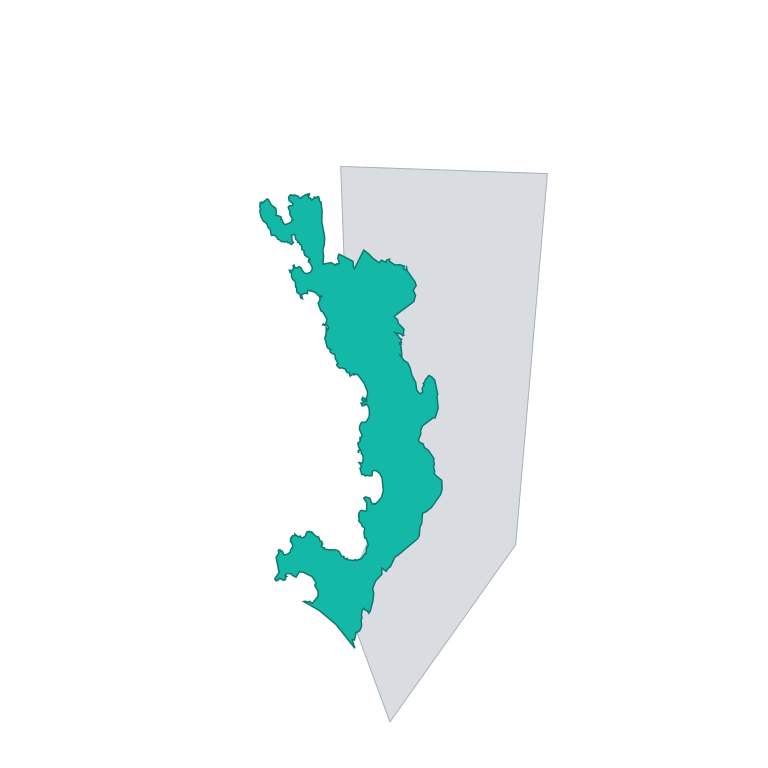 location of West Mahe, Anse Boileau, Seychelles, rotated 37°
{"feature_id": "34574756B14018612202061", "entity_name": "West Mahe", "entity_type": "district", "adm_level": 2, "iso_a3": "SYC", "parent_name": "Seychelles", "parent_adm1": "Anse Boileau", "projection": "albers", "projection_center": [55.437, -4.697], "detail": "fine", "context": "in_parent", "style": "filled", "palette": "teal", "viewbox_px": 768, "rotation_deg": 37, "n_neighbors": 0, "source": "geoboundaries", "source_scale": "gbopen_adm2", "svg_char_len": 6328}
<svg xmlns="http://www.w3.org/2000/svg" viewBox="0 0 768 768"><g transform="rotate(37 384 384)"><path d="M585.9,433.1L592.1,650.3L479.1,577.6L447.6,437.2L296.7,332.6L218.5,236.3L387.9,117.7L585.9,433.1Z" fill="#d9dde1" stroke="#a8b0b8" stroke-width="1"/><path d="M332.0,277.4L332.8,280.2L329.8,280.2L329.6,277.6L324.8,279.2L321.1,282.4L314.2,282.7L313.3,280.9L311.5,283.5L312.3,285.7L307.4,286.6L307.2,290.1L299.1,290.3L294.7,289.4L287.2,289.2L291.1,309.7L289.2,309.0L285.4,304.7L270.5,307.2L269.8,307.7L271.4,311.3L275.7,314.4L275.7,315.1L273.6,316.7L274.0,318.2L268.6,319.0L263.1,325.1L258.9,318.4L254.4,313.6L252.4,308.5L248.3,302.5L236.5,291.7L230.8,283.5L224.0,276.5L222.4,276.9L220.6,274.6L219.6,274.7L219.0,273.8L218.0,274.6L217.9,276.0L215.8,276.6L216.3,278.2L215.5,280.8L213.5,279.8L211.8,280.6L210.8,279.5L210.0,279.9L209.6,279.2L210.7,277.8L209.9,276.9L207.5,279.9L205.2,286.3L203.9,286.5L202.9,285.6L199.8,286.5L198.4,287.1L197.9,288.4L195.7,288.9L195.3,290.0L195.4,292.3L197.9,294.7L202.8,294.6L203.3,296.9L201.5,298.3L201.0,300.0L201.5,300.9L205.1,302.9L207.0,305.4L212.3,307.8L211.7,308.1L212.5,310.7L209.7,315.6L207.5,316.5L203.5,314.1L202.6,314.4L201.8,312.8L200.8,312.5L196.0,314.2L194.3,311.1L191.8,308.8L186.1,308.8L180.5,306.2L179.2,306.8L177.8,312.9L176.7,312.5L175.9,313.6L178.1,317.1L179.8,318.1L180.7,320.6L184.8,324.2L189.3,326.5L193.9,326.5L197.7,328.9L199.9,328.9L204.6,333.1L206.8,331.3L209.3,331.1L212.2,332.3L213.5,331.7L216.7,332.0L217.1,331.1L219.3,330.5L220.8,328.3L222.1,329.1L223.7,327.9L225.0,328.6L226.1,328.2L226.7,325.6L224.3,324.8L220.8,320.9L221.8,319.0L223.3,318.6L226.2,321.4L229.7,322.0L229.8,322.7L230.5,322.0L232.8,323.2L234.6,322.9L237.4,326.0L240.4,325.8L240.6,326.9L243.4,328.9L249.2,328.5L250.2,329.8L249.1,330.3L250.2,332.0L252.0,331.8L256.9,334.3L257.9,336.7L257.9,339.5L255.7,342.4L253.8,343.4L249.2,342.1L248.3,341.2L245.6,341.2L244.6,343.6L242.9,344.8L240.1,342.7L241.0,344.2L240.5,344.5L242.0,345.3L241.8,346.5L242.9,348.5L239.9,350.0L241.3,351.3L243.3,351.0L244.9,353.3L248.1,355.5L251.7,355.7L255.0,359.7L256.0,359.7L259.5,363.3L263.1,363.0L265.6,365.4L267.6,364.9L264.4,362.6L266.0,359.3L268.5,357.9L266.9,355.7L267.1,354.8L273.7,352.2L279.7,353.0L280.5,352.4L280.4,351.5L281.6,351.4L280.7,353.6L282.4,355.6L282.9,359.3L289.7,363.6L291.8,363.3L299.5,366.5L301.5,371.6L301.0,372.4L299.5,372.4L299.4,373.6L301.3,372.9L302.1,371.0L305.7,372.1L306.6,373.8L306.2,375.4L304.8,373.9L303.7,373.5L307.5,378.5L307.9,380.1L308.9,380.3L308.8,382.7L316.2,388.6L318.0,389.2L320.8,388.5L320.5,389.5L321.8,390.8L324.6,390.9L326.8,389.7L329.9,393.1L334.8,395.1L334.3,396.8L335.5,397.7L339.1,398.1L340.7,396.1L341.5,396.4L343.7,395.3L347.1,397.0L349.8,396.2L352.2,398.1L353.1,395.3L354.4,394.9L353.9,393.8L355.5,393.7L357.2,392.2L367.5,395.3L375.4,400.0L378.0,403.8L378.4,407.2L379.0,406.5L380.8,408.3L379.5,409.0L377.5,407.4L375.1,407.4L375.7,410.1L378.0,410.2L378.5,410.9L377.2,413.2L379.9,414.6L381.8,411.8L381.1,411.2L383.5,410.7L386.9,412.6L390.3,416.6L391.8,419.1L392.5,423.9L392.1,425.9L389.1,428.0L389.6,431.3L391.2,434.6L397.1,438.1L398.0,440.0L397.4,440.6L398.6,442.5L397.8,442.3L399.4,444.2L398.6,446.9L401.7,449.6L405.3,451.0L404.9,451.0L404.5,451.2L403.5,452.6L404.1,453.7L405.3,454.4L404.1,452.7L404.9,451.0L405.7,451.0L407.9,453.3L409.3,453.4L411.1,454.8L413.4,457.5L414.0,460.5L411.3,461.8L415.0,463.0L415.9,464.3L415.5,465.7L420.6,469.6L422.1,468.7L424.6,468.6L424.8,467.7L429.4,464.9L429.4,463.7L427.5,461.2L427.4,459.9L428.5,458.7L430.6,457.9L434.7,458.1L438.9,460.2L447.7,469.6L450.2,476.0L449.9,482.4L449.0,485.2L448.3,485.4L448.8,485.6L446.6,487.1L441.4,483.7L437.2,485.2L436.5,487.4L441.7,489.3L445.9,495.0L446.1,496.7L442.4,498.1L441.5,499.5L441.9,502.9L443.9,505.5L444.5,505.3L446.2,508.6L450.4,509.4L452.0,510.6L455.6,510.8L457.3,514.6L461.1,518.5L463.0,518.3L467.9,521.6L468.9,524.0L468.4,524.7L471.7,530.5L471.0,530.7L471.0,537.0L467.9,541.8L467.0,541.3L466.0,543.1L461.0,546.2L460.1,546.4L459.7,545.4L458.3,546.8L456.5,547.1L456.0,545.9L453.6,547.0L448.7,544.7L445.7,545.3L439.6,549.7L435.3,551.8L434.8,550.7L433.7,551.4L431.5,551.2L431.3,548.8L430.7,549.1L429.3,547.1L427.7,547.9L423.9,545.6L420.3,546.7L417.7,545.9L416.5,546.4L415.3,545.5L414.2,546.7L413.1,546.5L411.4,548.6L412.8,553.3L411.2,556.1L410.2,556.5L408.4,555.9L407.8,557.8L403.3,557.5L404.1,558.2L402.4,560.3L402.9,560.6L402.0,562.5L402.9,562.9L402.7,564.2L403.7,564.7L403.7,565.9L406.7,566.8L409.0,568.7L409.2,572.7L410.3,574.6L409.3,578.1L406.9,580.7L403.3,578.7L401.9,579.5L400.5,578.9L399.7,580.4L401.8,582.5L402.2,587.4L413.6,597.7L414.0,605.4L416.1,606.2L417.4,604.6L417.7,601.9L422.1,601.3L422.9,599.4L421.6,597.3L422.2,596.2L420.9,596.1L420.9,596.9L420.0,596.2L420.2,594.5L421.4,593.1L424.5,591.3L426.0,592.0L430.0,591.2L429.4,584.9L433.3,582.8L442.6,581.1L448.8,583.4L450.0,584.5L449.5,585.4L450.0,586.6L456.2,589.3L459.0,593.2L458.8,602.4L455.3,602.4L454.3,604.2L451.9,604.8L450.8,606.0L468.8,603.8L490.7,605.0L519.8,612.6L512.6,607.6L512.7,606.9L514.5,606.3L511.9,600.5L510.8,599.5L512.4,598.1L512.0,597.5L513.0,596.1L512.6,593.1L511.2,590.0L507.5,585.9L507.4,584.4L504.9,581.9L502.5,577.3L503.4,574.9L504.7,575.8L507.4,575.3L509.8,576.2L509.2,574.6L509.9,574.2L505.6,563.8L501.9,557.5L498.0,554.1L495.8,546.4L496.8,537.2L492.9,532.4L498.5,532.3L498.2,529.1L499.0,525.8L496.8,515.4L498.0,513.0L503.9,487.5L503.4,483.8L498.9,476.9L498.0,472.6L492.5,463.9L494.4,460.9L496.2,454.0L495.7,438.4L493.7,433.0L488.2,426.2L480.2,425.9L477.7,425.0L477.3,423.6L473.1,419.9L472.4,417.6L470.3,416.0L468.7,413.5L459.4,410.3L454.6,410.4L451.0,408.2L447.7,409.1L445.2,408.2L443.5,401.7L441.7,399.9L439.9,394.4L443.6,381.6L445.3,380.2L441.8,370.7L433.4,361.5L433.2,360.0L422.1,350.3L417.9,349.6L414.8,350.1L414.4,355.8L415.3,357.4L415.0,360.1L416.7,360.6L417.0,364.4L419.9,367.4L418.7,370.2L415.2,369.6L413.8,369.2L408.4,363.7L401.2,360.3L395.4,355.6L390.3,352.8L385.8,353.2L379.3,351.1L381.1,350.5L375.4,344.2L372.9,342.5L373.5,341.9L372.2,341.9L372.6,343.3L371.6,342.1L373.0,340.4L371.3,339.4L371.2,337.7L368.3,338.0L366.5,337.1L361.8,336.4L367.5,333.9L370.0,334.2L370.5,333.1L369.2,332.3L367.0,328.2L359.2,327.0L355.9,324.4L352.3,324.3L351.4,323.6L358.2,300.2L355.9,294.3L350.9,291.4L350.5,286.1L347.3,283.8L334.3,279.6L332.0,277.4Z" fill="#14b8a6" stroke="#0f766e" stroke-width="1.5"/></g></svg>